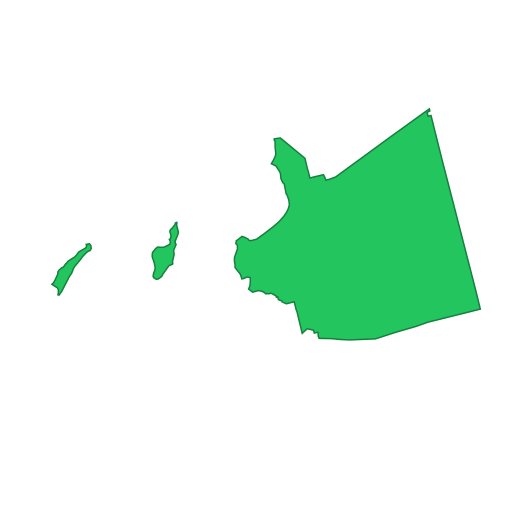 Los Angeles, California, United States of America, rotated 76°
{"feature_id": "52423323B87301828944684", "entity_name": "Los Angeles", "entity_type": "district", "adm_level": 2, "iso_a3": "USA", "parent_name": "United States of America", "parent_adm1": "California", "projection": "mercator", "projection_center": [-118.385, 33.812], "detail": "fine", "context": "isolated", "style": "filled", "palette": "green", "viewbox_px": 512, "rotation_deg": 76, "n_neighbors": 0, "source": "geoboundaries", "source_scale": "gbopen_adm2", "svg_char_len": 2823}
<svg xmlns="http://www.w3.org/2000/svg" viewBox="0 0 512 512"><g transform="rotate(76 256 256)"><path d="M361.8,51.2L343.7,51.1L250.8,51.8L206.9,52.2L162.0,52.2L162.0,55.2L158.1,55.2L157.3,52.2L155.2,52.2L157.4,57.8L171.6,93.4L181.4,117.5L184.1,124.0L189.1,136.4L192.9,145.7L196.0,153.3L198.6,159.7L199.1,164.3L199.3,165.5L199.3,169.9L196.7,170.2L196.3,170.2L193.4,170.9L193.4,175.0L193.3,178.6L193.3,184.9L189.0,184.8L187.4,184.8L184.0,185.0L173.0,184.9L161.6,193.3L147.4,203.8L146.7,209.9L147.9,210.3L149.5,209.8L154.9,211.1L161.9,212.1L164.3,213.5L167.5,216.2L170.2,218.8L173.3,215.1L173.9,214.7L180.4,212.5L182.5,212.4L186.9,213.1L191.4,212.3L192.1,211.5L193.3,211.2L203.1,211.7L204.2,211.1L209.9,210.6L210.3,210.7L214.3,211.2L218.3,213.5L221.1,215.9L224.3,219.5L224.5,219.9L228.2,225.3L231.3,231.2L234.7,239.0L236.3,242.6L239.8,251.3L239.9,256.5L239.4,258.8L237.6,259.6L234.5,263.3L233.6,264.8L236.5,271.4L239.0,272.6L241.0,271.5L245.1,272.4L246.1,273.3L249.7,275.6L251.4,276.7L252.4,277.3L255.8,278.2L259.1,278.4L262.2,279.1L266.6,277.1L270.0,275.6L274.9,275.2L274.8,272.6L274.2,269.9L275.3,267.1L276.2,267.0L279.4,267.7L281.1,268.3L283.4,269.1L286.3,271.2L290.3,268.0L290.1,262.4L291.5,259.0L293.7,256.5L295.1,255.7L295.1,254.7L295.8,252.5L295.8,250.3L299.4,246.3L300.9,246.2L300.9,244.8L303.8,244.8L305.9,241.8L306.8,241.8L309.7,238.1L309.7,230.0L311.4,230.0L318.3,230.0L319.3,229.7L342.2,229.9L339.0,224.0L341.9,218.1L344.9,218.1L344.9,215.1L345.1,214.3L348.8,215.0L351.2,214.7L354.4,202.9L355.5,199.8L357.4,194.4L360.0,185.8L360.1,185.3L362.4,174.3L363.6,168.3L365.3,160.3L364.6,150.1L364.3,145.6L364.2,144.6L363.8,138.2L363.0,117.5L361.8,105.4L361.8,81.4L361.8,51.2ZM204.2,324.7L204.1,325.0L204.6,326.4L205.8,326.9L208.8,330.7L209.7,332.5L210.9,333.5L211.7,333.7L215.3,333.5L217.7,334.3L218.9,335.4L218.9,336.0L220.9,335.6L223.5,336.5L224.1,338.0L225.2,343.2L224.5,346.5L223.5,349.2L224.6,351.7L227.4,355.4L229.0,356.2L231.7,356.9L237.9,356.4L242.7,356.6L245.1,357.5L248.0,359.6L251.0,360.8L252.4,360.4L254.4,358.5L254.7,356.5L253.5,353.4L252.6,352.0L251.1,350.8L244.3,342.8L243.8,339.0L243.4,338.6L241.5,338.5L234.5,335.0L230.7,334.6L225.4,330.7L224.0,331.2L221.7,330.8L221.6,330.5L216.4,326.7L214.1,325.5L207.1,325.6L205.0,324.8L204.2,324.7ZM203.8,414.7L203.7,418.0L205.4,417.9L207.0,419.3L209.2,427.1L211.3,429.4L213.0,432.0L215.6,439.7L217.5,441.9L217.4,442.4L220.4,445.8L220.2,446.8L220.4,447.3L222.2,450.7L223.6,452.1L225.6,452.7L230.9,456.9L233.7,459.7L233.5,460.0L234.1,460.9L238.2,457.0L239.3,456.2L240.6,456.0L241.8,456.1L245.1,457.1L245.7,457.6L246.3,456.6L243.5,453.2L230.6,441.9L228.2,439.1L225.1,436.9L224.1,436.3L222.1,434.2L216.7,426.8L214.9,424.8L211.6,419.7L210.7,417.2L210.7,415.9L210.0,415.1L208.9,414.1L205.8,413.7L203.8,414.7Z" fill="#22c55e" stroke="#15803d" stroke-width="1.5"/></g></svg>